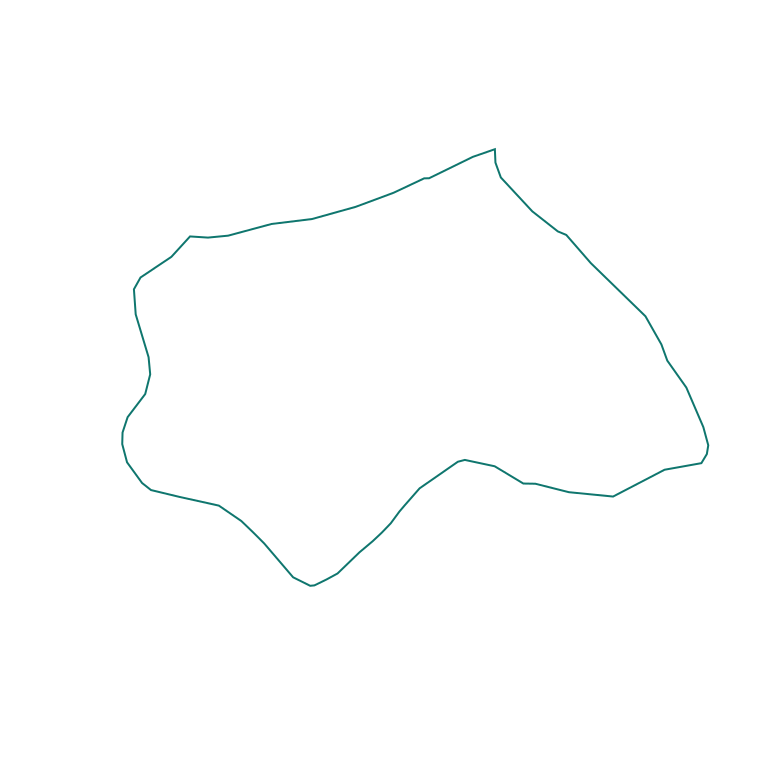 the district of Santa Lucía Utatlán, Sololá, Guatemala, rotated 241°
{"feature_id": "79465075B3203772279069", "entity_name": "Santa Lucía Utatlán", "entity_type": "district", "adm_level": 2, "iso_a3": "GTM", "parent_name": "Guatemala", "parent_adm1": "Sololá", "projection": "equal_earth", "projection_center": [-91.278, 14.782], "detail": "fine", "context": "isolated", "style": "outline", "palette": "teal", "viewbox_px": 768, "rotation_deg": 241, "n_neighbors": 0, "source": "geoboundaries", "source_scale": "gbopen_adm2", "svg_char_len": 934}
<svg xmlns="http://www.w3.org/2000/svg" viewBox="0 0 768 768"><g transform="rotate(241 384 384)"><path d="M229.4,457.6L223.4,468.0L199.7,493.3L174.5,529.8L173.0,587.8L160.9,623.2L166.2,632.4L173.2,637.9L191.5,642.4L234.3,646.7L267.1,643.1L284.1,645.8L316.5,645.5L389.4,623.5L426.0,615.7L433.2,610.0L463.1,597.4L508.0,586.3L523.6,588.8L535.6,594.8L539.6,571.8L542.1,523.2L544.4,518.8L546.6,485.2L552.7,445.0L563.2,401.0L578.5,363.2L589.3,319.6L597.4,301.0L607.1,285.9L598.3,259.7L595.2,222.7L588.1,211.2L565.3,200.6L521.6,191.1L505.8,184.2L491.0,170.3L479.3,143.7L468.3,131.8L458.3,125.9L440.1,121.3L414.7,124.4L404.2,128.8L384.2,150.6L357.7,180.6L333.3,192.8L317.7,197.6L302.7,201.9L259.0,210.8L243.3,221.6L241.6,225.5L240.9,239.0L240.8,251.5L248.7,281.0L252.0,297.9L255.1,310.1L258.9,322.4L265.0,335.7L268.0,343.7L275.5,364.6L280.2,410.9L278.4,417.9L258.4,440.9L229.4,457.6Z" fill="none" stroke="#0f766e" stroke-width="2"/></g></svg>